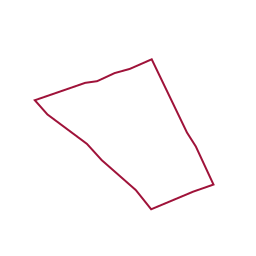 Randa, Tadjourah, Djibouti (Mercator projection), rotated 285°
{"feature_id": "41766387B54529132802745", "entity_name": "Randa", "entity_type": "district", "adm_level": 2, "iso_a3": "DJI", "parent_name": "Djibouti", "parent_adm1": "Tadjourah", "projection": "mercator", "projection_center": [42.697, 12.023], "detail": "fine", "context": "isolated", "style": "outline", "palette": "rose", "viewbox_px": 256, "rotation_deg": 285, "n_neighbors": 0, "source": "geoboundaries", "source_scale": "gbopen_adm2", "svg_char_len": 347}
<svg xmlns="http://www.w3.org/2000/svg" viewBox="0 0 256 256"><g transform="rotate(285 128 128)"><path d="M130.7,30.8L120.2,46.7L102.0,92.5L90.1,111.0L70.0,151.7L55.5,171.4L83.3,207.3L95.5,225.2L127.7,198.3L138.9,186.1L200.5,133.1L185.6,114.5L177.6,100.9L165.2,86.0L160.5,74.9L130.7,30.8Z" fill="none" stroke="#9f1239" stroke-width="2"/></g></svg>